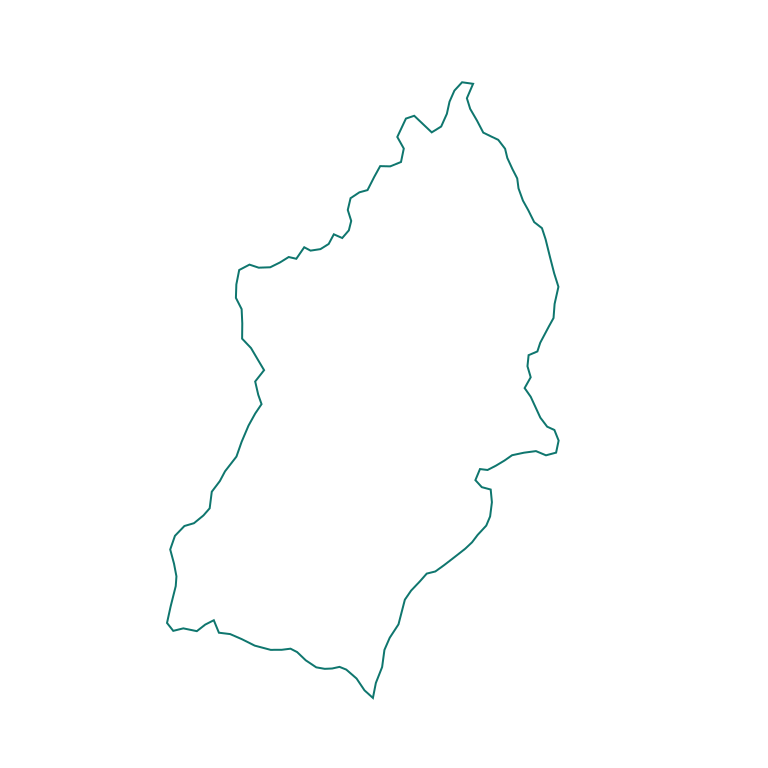 Lucianópolis, São Paulo, Brazil (Equal Earth projection), rotated 190°
{"feature_id": "56859067B1295139802373", "entity_name": "Lucianópolis", "entity_type": "district", "adm_level": 2, "iso_a3": "BRA", "parent_name": "Brazil", "parent_adm1": "São Paulo", "projection": "equal_earth", "projection_center": [-49.55, -22.48], "detail": "fine", "context": "isolated", "style": "outline", "palette": "teal", "viewbox_px": 768, "rotation_deg": 190, "n_neighbors": 0, "source": "geoboundaries", "source_scale": "gbopen_adm2", "svg_char_len": 1956}
<svg xmlns="http://www.w3.org/2000/svg" viewBox="0 0 768 768"><g transform="rotate(190 384 384)"><path d="M546.7,456.4L544.8,443.1L537.2,433.0L534.1,419.1L531.6,404.0L521.2,396.3L512.5,386.1L504.5,376.8L511.3,364.1L506.0,351.6L501.1,342.9L505.7,332.6L510.2,319.5L514.2,302.2L516.7,286.9L525.4,270.4L528.8,259.9L534.9,248.0L534.1,231.3L539.0,223.2L547.0,213.9L555.9,209.5L563.5,198.2L565.8,183.9L559.6,170.6L555.0,158.5L554.0,148.8L555.5,127.9L556.2,111.0L548.7,104.3L539.2,108.5L525.4,108.1L518.3,116.0L510.6,121.8L503.4,110.4L492.1,111.0L480.0,108.1L465.9,103.9L449.5,102.5L438.5,104.5L430.1,107.1L423.0,104.9L413.1,98.3L401.5,93.2L392.9,93.2L385.7,94.8L378.7,97.7L371.6,96.2L359.9,89.2L350.0,78.9L340.4,72.9L340.1,88.2L336.7,104.9L337.4,122.2L334.3,135.1L328.0,149.8L326.0,175.2L321.4,185.3L314.3,196.0L309.0,204.7L300.9,208.3L293.3,216.1L284.1,226.2L275.4,235.9L269.8,243.4L265.6,251.6L258.7,262.3L256.5,272.0L257.2,286.3L260.6,298.6L269.8,299.4L277.3,305.2L274.7,316.9L267.1,317.3L259.6,323.0L252.0,329.6L245.5,336.1L234.1,340.7L222.7,344.3L212.1,341.9L202.6,346.3L202.2,358.6L208.2,368.3L215.9,370.3L224.2,378.0L237.3,396.9L244.8,404.4L240.7,416.1L245.8,426.4L246.6,437.5L238.6,442.7L237.3,451.8L231.5,469.7L228.5,478.4L229.9,492.5L229.1,510.0L235.6,522.5L242.6,537.9L250.0,554.6L255.5,564.9L264.2,569.5L272.1,580.2L279.0,588.7L285.5,600.0L288.5,609.6L294.8,617.9L301.8,628.0L305.6,636.7L313.9,644.3L321.2,646.3L329.9,648.8L338.2,659.6L346.9,669.9L352.0,679.8L348.4,695.1L359.5,694.7L365.6,685.2L368.5,673.4L369.0,661.0L372.4,647.5L380.7,640.1L391.0,646.9L400.8,653.4L408.5,649.2L413.8,629.6L405.4,619.3L405.8,605.6L415.7,599.4L425.6,597.9L429.6,586.2L433.9,572.1L441.5,568.5L449.2,561.2L449.9,549.1L444.6,538.9L445.3,529.2L450.5,520.5L459.4,522.7L462.8,512.3L470.0,505.8L479.5,502.6L486.3,504.8L492.1,492.1L499.9,492.5L507.6,485.6L516.3,479.2L527.6,476.8L537.2,478.2L546.4,471.1L546.7,456.4Z" fill="none" stroke="#0f766e" stroke-width="2"/></g></svg>